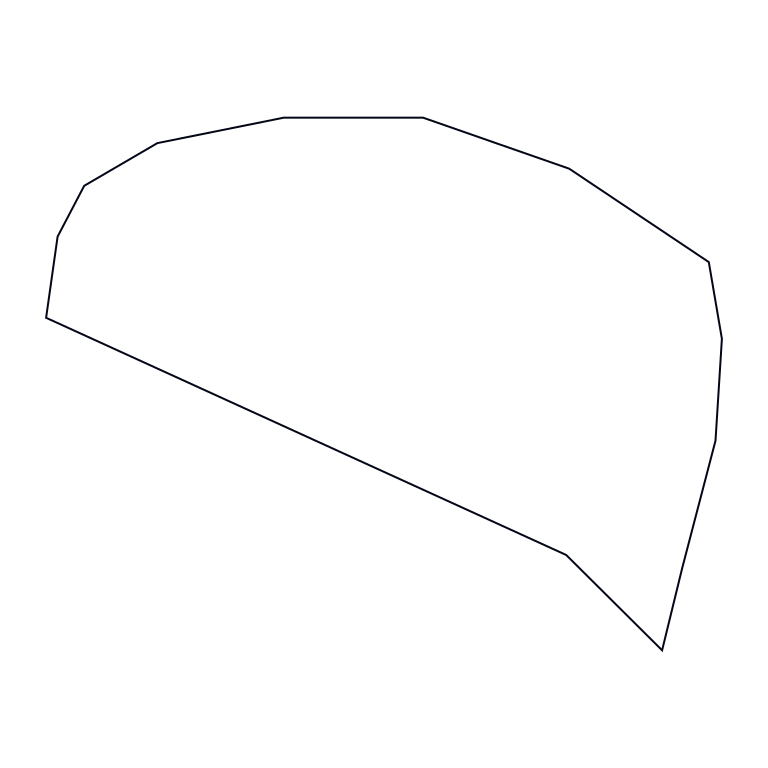 map outline of Southampton (Natural Earth projection)
{"feature_id": "GBR-2036", "entity_name": "Southampton", "entity_type": "Unitary Authority", "adm_level": 1, "iso_a3": "GBR", "parent_name": "United Kingdom", "parent_adm1": "", "projection": "natural_earth1", "projection_center": [-1.363, 50.901], "detail": "fine", "context": "isolated", "style": "outline", "palette": "ink", "viewbox_px": 768, "rotation_deg": 0, "n_neighbors": 0, "source": "natural_earth", "source_scale": "10m", "svg_char_len": 292}
<svg xmlns="http://www.w3.org/2000/svg" viewBox="0 0 768 768"><path d="M662.1,650.3L566.2,555.0L46.1,317.8L57.6,236.6L84.2,185.8L157.4,143.1L283.6,117.7L423.1,117.7L569.2,168.7L708.8,262.1L721.9,338.8L715.5,440.7L682.2,568.1L662.1,650.3Z" fill="none" stroke="#020617" stroke-width="2"/></svg>